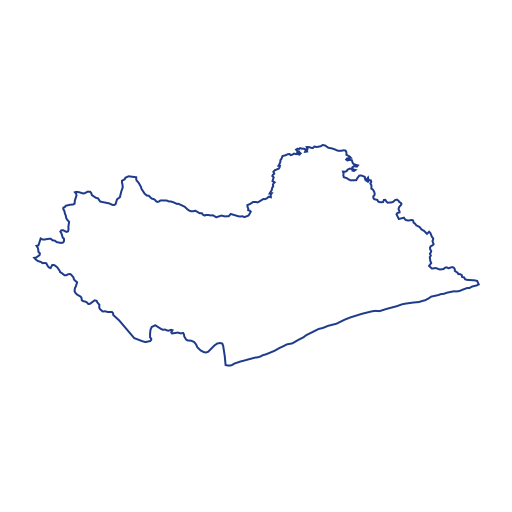 Wanderley, Bahia, Brazil (Natural Earth projection), rotated 88°
{"feature_id": "56859067B16383001384874", "entity_name": "Wanderley", "entity_type": "district", "adm_level": 2, "iso_a3": "BRA", "parent_name": "Brazil", "parent_adm1": "Bahia", "projection": "natural_earth1", "projection_center": [-43.953, -11.797], "detail": "fine", "context": "isolated", "style": "outline", "palette": "blue", "viewbox_px": 512, "rotation_deg": 88, "n_neighbors": 0, "source": "geoboundaries", "source_scale": "gbopen_adm2", "svg_char_len": 6097}
<svg xmlns="http://www.w3.org/2000/svg" viewBox="0 0 512 512"><g transform="rotate(88 256 256)"><path d="M292.2,34.4L288.7,35.8L288.0,38.1L287.2,46.0L286.5,47.9L284.7,48.7L284.2,50.7L282.3,51.0L281.2,52.8L281.2,54.4L279.8,55.1L277.8,57.8L276.1,57.8L274.7,58.6L274.0,59.9L274.2,61.6L275.0,63.9L274.0,65.9L274.3,67.5L275.6,69.1L275.9,72.8L274.3,76.7L274.7,80.6L272.0,83.4L269.1,81.1L267.4,81.9L263.2,82.4L261.7,81.3L259.7,82.1L258.4,81.1L257.1,80.7L255.4,81.7L253.7,81.8L252.3,81.0L251.4,79.0L250.4,78.1L247.3,79.1L245.9,78.5L244.6,78.3L242.9,79.6L239.2,80.9L237.8,82.1L239.8,84.4L236.7,87.2L235.8,88.9L234.6,90.2L232.8,91.4L230.9,94.8L229.3,95.9L228.1,97.4L226.0,97.7L225.4,99.2L225.8,101.3L225.8,103.1L225.4,104.7L224.6,105.8L222.9,106.8L224.0,112.0L219.2,114.1L218.0,113.2L217.4,111.0L215.8,111.2L214.7,111.8L213.3,111.8L211.6,110.9L210.2,109.4L208.9,108.8L207.8,109.6L207.1,110.9L205.8,111.6L204.6,113.2L204.9,114.9L206.7,117.1L207.2,118.9L207.3,122.7L206.1,123.8L204.4,124.8L204.5,126.3L206.5,127.1L206.7,129.0L206.4,130.9L205.7,132.1L204.2,132.8L203.3,135.9L202.0,136.7L200.5,136.7L199.5,135.6L198.2,135.2L196.4,135.5L194.9,136.2L193.7,136.9L192.8,138.3L189.3,138.2L187.6,139.2L185.8,138.2L184.4,138.6L184.1,140.3L185.7,141.5L184.7,143.0L183.3,142.7L182.7,144.4L180.7,144.5L179.2,148.0L179.3,150.0L182.1,152.3L183.7,153.1L183.7,158.7L182.6,160.9L181.4,162.5L180.3,165.5L178.4,165.9L176.7,165.6L174.7,166.1L174.9,164.1L174.4,162.6L172.9,161.4L171.9,159.1L172.7,156.4L170.8,156.7L169.7,155.0L170.2,152.1L169.0,151.0L167.8,154.8L166.7,156.0L163.6,156.9L163.2,159.1L163.7,161.4L162.7,162.5L161.7,161.6L161.2,157.8L159.9,158.9L158.0,162.1L156.1,162.0L154.5,162.3L153.6,163.3L153.4,164.9L153.8,166.9L153.8,169.3L153.5,170.9L151.8,174.4L150.9,177.3L150.6,179.1L150.1,180.3L148.0,183.0L147.4,185.5L148.6,187.5L149.0,190.1L149.2,191.9L148.6,193.7L150.1,195.5L149.8,197.2L149.0,199.1L148.9,201.5L150.7,200.7L151.8,201.4L153.4,201.2L153.6,203.3L152.4,202.8L151.1,202.8L150.4,204.7L150.3,206.7L149.7,208.1L150.6,209.2L150.2,210.7L151.1,212.2L152.5,211.2L152.9,209.8L154.2,211.2L155.6,210.8L155.5,212.8L155.0,214.4L156.0,216.1L156.4,217.8L155.2,219.0L155.5,221.0L156.4,223.1L157.0,226.0L160.0,227.3L161.1,228.3L162.6,228.3L165.3,229.5L166.6,230.4L166.8,229.0L168.2,229.3L169.5,230.2L170.9,234.1L172.4,235.7L174.4,234.9L175.3,236.1L176.6,236.9L178.0,235.6L181.7,236.9L183.0,234.8L184.0,235.9L185.3,236.6L187.1,236.4L188.5,237.5L190.6,237.9L193.9,240.1L193.9,238.1L195.3,239.2L197.8,239.1L197.2,241.2L198.7,243.0L199.5,245.0L199.3,246.7L201.9,251.2L202.5,252.7L202.0,254.2L201.9,257.0L203.7,259.9L204.9,262.9L206.8,262.7L208.3,262.1L210.0,262.2L210.5,260.6L211.5,259.7L214.6,261.5L215.6,262.7L216.7,266.3L215.8,268.3L216.0,270.2L215.7,272.2L213.1,279.8L215.3,281.9L215.3,285.9L214.4,289.1L215.9,294.4L213.8,297.6L213.9,299.7L213.4,302.1L213.2,304.5L213.8,305.9L212.8,307.7L211.3,308.7L211.3,310.8L208.6,315.1L209.0,316.6L209.1,318.9L208.3,321.2L206.7,323.2L204.3,325.5L201.1,331.7L201.2,333.1L199.2,337.2L198.6,339.0L198.4,341.3L197.5,343.1L197.3,345.3L197.2,349.7L198.2,351.1L198.5,352.6L197.9,353.9L196.4,355.0L195.5,356.3L195.2,357.8L193.9,359.4L192.1,360.9L191.7,363.1L189.7,365.2L184.9,368.1L182.9,368.6L179.9,370.1L177.8,371.4L176.6,372.6L175.3,373.0L173.1,373.0L171.9,380.5L173.2,383.8L174.8,384.6L176.1,387.3L177.8,387.4L179.6,387.0L182.8,386.8L186.9,388.4L192.5,390.0L194.5,392.9L199.4,394.6L200.1,396.1L199.9,397.7L198.3,400.9L196.2,409.7L194.7,410.8L193.0,411.7L192.2,414.1L189.4,417.9L187.5,418.4L186.1,419.4L185.8,421.9L187.3,425.1L187.5,426.5L186.1,430.5L185.6,433.2L186.0,434.7L187.6,433.5L189.3,433.3L194.2,435.1L197.4,435.5L198.2,437.2L198.3,440.2L199.2,444.4L200.5,445.4L200.9,446.8L202.3,447.0L204.4,445.9L206.9,445.5L208.9,444.7L211.3,444.4L212.9,443.6L215.4,441.6L220.2,442.5L222.8,442.4L224.8,443.0L225.3,444.6L223.5,447.9L223.5,449.6L224.8,450.7L226.4,449.7L231.0,448.5L231.8,447.4L233.2,447.3L234.8,447.5L236.0,448.7L236.1,450.6L235.2,454.6L233.6,456.6L233.3,458.7L231.6,460.5L231.6,462.6L232.2,467.3L231.9,469.2L231.0,470.6L237.7,473.0L238.2,475.0L240.1,473.8L242.0,473.4L244.2,473.3L245.8,471.9L247.6,472.3L249.9,475.8L250.1,477.6L251.9,476.1L253.4,474.2L254.5,471.1L255.7,469.6L255.6,467.7L255.9,465.9L258.9,464.4L260.3,463.2L260.9,461.7L257.8,459.9L258.1,457.8L260.4,455.0L264.0,452.7L265.3,452.3L266.2,450.8L268.6,448.0L268.6,446.3L267.7,444.4L267.5,442.5L268.2,441.4L271.1,439.1L272.6,438.9L273.8,438.2L276.0,435.7L280.3,437.2L281.8,438.1L284.8,438.6L286.8,437.6L288.4,436.0L290.4,432.8L291.6,431.9L294.2,431.6L295.1,430.3L295.5,428.4L296.5,426.6L298.1,425.3L298.1,423.8L294.7,418.8L295.2,416.9L296.5,416.4L299.4,414.2L301.7,414.5L303.3,414.0L304.9,412.5L306.1,411.1L306.0,408.4L306.8,406.2L306.9,402.0L308.1,400.9L310.0,400.7L315.6,395.0L333.8,380.6L337.1,372.8L338.2,369.5L337.3,364.7L336.2,363.7L335.0,363.6L333.6,364.7L330.0,364.6L326.0,364.0L323.3,362.7L321.7,359.1L325.6,353.4L326.5,351.6L326.3,349.6L327.2,347.8L327.6,345.9L326.8,343.6L327.3,342.1L329.4,343.4L330.5,342.6L329.8,337.0L330.7,333.9L330.4,331.5L332.0,330.7L333.9,330.5L337.0,328.8L338.0,327.4L338.4,323.7L339.8,320.8L342.4,318.9L345.2,317.8L348.4,314.7L350.2,311.6L350.7,309.3L350.0,307.1L344.0,300.7L342.1,297.8L341.7,294.8L342.4,292.7L344.9,291.9L355.2,290.7L363.9,290.2L364.5,287.9L364.6,285.4L364.0,283.5L362.8,281.5L361.0,275.6L357.5,260.4L357.4,258.2L356.4,254.5L355.4,252.8L354.7,249.7L351.4,240.8L348.5,235.3L347.9,233.6L345.4,228.2L344.6,222.8L341.2,216.4L338.9,211.4L336.9,208.6L331.1,195.9L330.2,191.5L328.3,186.4L326.5,178.0L322.6,169.3L320.6,163.6L317.4,151.9L315.3,141.8L315.0,138.9L315.4,134.4L313.4,127.3L311.1,117.1L309.4,111.8L308.9,108.9L308.0,100.6L307.7,94.9L306.6,90.8L306.2,88.7L304.4,84.9L302.7,82.3L301.4,75.1L300.5,72.4L300.4,69.8L299.3,66.2L298.2,59.8L298.4,56.6L298.2,54.7L297.7,52.8L297.0,51.1L295.3,45.9L295.5,43.9L294.1,41.2L293.1,36.4L292.2,34.4ZM155.6,210.8L154.0,208.9L155.0,207.8L156.2,209.0L155.6,210.8ZM172.7,156.4L174.0,156.6L174.4,155.1L173.5,153.7L172.7,156.4ZM183.3,142.7L182.9,141.1L181.6,141.3L183.3,142.7Z" fill="none" stroke="#1e3a8a" stroke-width="2"/></g></svg>